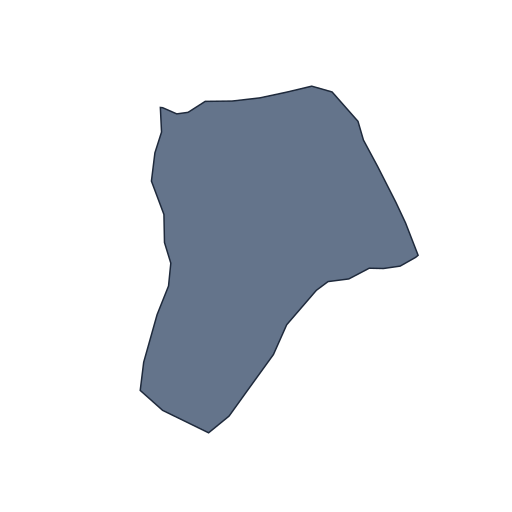 the district of Sundbyberg, Stockholm, Sweden, rotated 294°
{"feature_id": "70781695B91357499899745", "entity_name": "Sundbyberg", "entity_type": "district", "adm_level": 2, "iso_a3": "SWE", "parent_name": "Sweden", "parent_adm1": "Stockholm", "projection": "natural_earth1", "projection_center": [17.96, 59.375], "detail": "fine", "context": "isolated", "style": "filled", "palette": "slate", "viewbox_px": 512, "rotation_deg": 294, "n_neighbors": 0, "source": "geoboundaries", "source_scale": "gbopen_adm2", "svg_char_len": 647}
<svg xmlns="http://www.w3.org/2000/svg" viewBox="0 0 512 512"><g transform="rotate(294 256 256)"><path d="M322.6,403.8L347.0,379.2L361.8,362.1L387.1,330.9L405.6,307.0L420.5,294.4L436.8,258.8L433.8,237.8L418.2,217.4L401.9,195.0L387.8,171.1L376.6,146.7L359.6,135.5L353.6,125.8L353.5,110.4L352.8,108.2L330.8,119.3L309.1,121.7L281.9,130.0L256.5,155.0L231.1,166.9L214.8,181.1L193.0,188.3L162.2,189.5L113.3,196.6L86.1,204.9L77.0,233.5L75.2,284.6L98.8,296.5L127.8,302.5L173.1,312.0L205.7,312.0L249.2,325.1L261.9,332.2L272.8,350.1L290.9,364.4L296.4,377.5L305.4,391.8L319.9,402.5L322.6,403.8Z" fill="#64748b" stroke="#1e293b" stroke-width="1.5"/></g></svg>